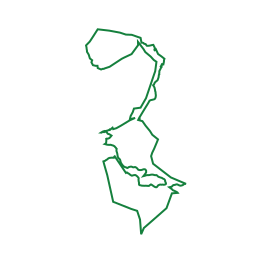 San Bartolo Soyaltepec, Oaxaca, Mexico (Mercator projection), rotated 121°
{"feature_id": "50627088B5288968218075", "entity_name": "San Bartolo Soyaltepec", "entity_type": "district", "adm_level": 2, "iso_a3": "MEX", "parent_name": "Mexico", "parent_adm1": "Oaxaca", "projection": "mercator", "projection_center": [-97.319, 17.577], "detail": "fine", "context": "isolated", "style": "outline", "palette": "green", "viewbox_px": 256, "rotation_deg": 121, "n_neighbors": 0, "source": "geoboundaries", "source_scale": "gbopen_adm2", "svg_char_len": 5188}
<svg xmlns="http://www.w3.org/2000/svg" viewBox="0 0 256 256"><g transform="rotate(121 128 128)"><path d="M146.0,49.5L147.2,57.9L148.3,65.8L145.7,88.1L140.2,93.7L136.7,94.5L132.4,94.9L126.1,95.8L122.3,96.4L121.3,103.7L119.3,107.6L116.9,114.3L114.7,119.2L115.9,123.4L113.6,123.6L113.6,123.1L113.1,123.4L113.0,123.6L105.5,123.6L96.4,123.5L93.4,123.6L92.8,123.1L92.2,122.7L91.4,121.8L90.6,121.0L89.7,120.2L89.2,120.0L88.2,120.0L87.6,120.1L86.9,120.4L85.9,120.8L84.8,121.6L84.1,122.2L83.0,122.9L82.5,123.6L81.4,124.5L79.6,126.2L78.4,128.5L77.9,128.2L77.3,128.1L76.7,128.3L76.1,128.3L75.4,128.4L74.3,128.2L73.8,128.0L73.0,127.7L71.9,127.3L71.2,127.4L70.3,127.6L68.8,127.9L67.9,128.3L67.3,128.6L66.5,128.9L65.9,128.8L65.5,129.2L64.5,129.6L63.7,130.1L63.1,130.4L62.3,130.5L60.6,130.6L60.4,130.6L59.0,130.8L58.6,130.7L58.6,131.0L58.5,131.6L58.4,131.6L58.4,131.4L58.1,131.3L57.9,131.2L57.5,131.5L56.8,131.6L56.7,131.5L56.7,131.3L56.4,131.3L56.4,131.6L56.2,131.8L55.8,131.8L55.5,131.0L55.4,131.0L55.4,130.9L55.2,130.9L55.1,130.5L52.8,131.3L51.0,132.2L49.9,132.4L49.4,136.3L49.1,140.3L46.2,144.6L47.6,145.1L47.5,145.5L47.2,145.7L46.9,145.5L46.4,145.6L46.0,146.1L45.5,146.3L43.7,149.1L44.3,149.9L45.0,150.6L46.1,151.7L46.8,152.6L47.4,153.4L47.8,154.3L47.6,154.9L47.3,155.4L47.0,156.2L47.3,156.8L47.5,157.6L47.3,158.1L47.2,158.7L47.4,159.4L47.6,159.9L47.9,160.4L44.3,163.6L46.2,172.8L49.0,177.9L50.4,184.0L54.2,194.2L59.0,204.8L66.3,205.0L71.8,205.2L73.7,205.3L78.8,206.5L80.5,204.9L80.8,204.7L81.5,204.2L82.6,203.2L83.8,202.4L85.3,199.5L88.0,196.5L88.4,193.6L90.5,193.2L92.2,190.4L91.3,187.6L90.4,186.2L92.2,184.8L91.7,181.2L90.6,180.4L90.2,180.0L89.8,179.2L89.2,178.9L85.0,175.3L80.0,172.9L71.9,169.0L69.5,167.5L62.8,163.0L51.8,162.0L49.0,163.8L52.4,155.3L54.0,152.3L55.1,145.3L56.4,141.0L56.6,137.7L65.4,133.9L67.9,133.4L93.2,127.9L94.6,127.9L104.1,127.7L108.3,132.9L111.9,132.1L116.4,131.9L119.6,130.9L115.7,127.1L120.6,130.5L129.9,135.4L134.2,137.9L136.6,140.1L135.7,141.4L138.3,142.3L138.5,142.7L138.8,142.5L139.2,142.6L139.6,143.4L140.0,143.6L141.1,144.6L142.4,145.9L142.4,146.2L142.5,146.4L143.8,147.6L145.4,148.5L145.8,148.7L145.6,148.3L145.4,148.2L145.1,148.1L144.7,147.9L144.4,147.7L144.2,147.5L144.1,146.9L143.8,146.3L143.3,146.0L142.9,145.5L142.5,144.8L142.5,144.1L142.9,143.4L143.3,142.6L143.3,141.8L143.1,141.3L142.9,140.6L143.0,139.9L143.0,138.2L143.9,138.3L145.2,138.5L146.2,138.8L146.7,139.1L147.3,139.6L147.8,140.2L148.0,140.7L148.2,140.9L148.5,141.1L149.0,140.7L150.1,140.0L151.1,139.5L151.6,139.3L152.4,139.1L153.1,139.3L153.7,139.6L153.4,138.5L153.1,137.4L152.7,136.5L152.2,135.5L151.8,134.9L151.5,134.6L151.1,133.4L151.0,132.7L150.7,131.9L150.6,130.2L150.9,129.3L151.0,129.1L151.2,128.2L151.6,127.5L151.7,127.0L152.3,126.8L153.6,126.1L154.3,125.3L154.8,124.7L155.7,123.8L156.8,122.9L157.9,122.0L158.7,120.6L158.9,119.6L159.1,118.8L159.6,118.1L161.3,116.4L162.3,114.5L163.0,112.5L163.1,111.7L163.1,111.1L163.1,110.3L162.8,109.7L162.8,109.4L162.7,108.9L162.7,108.4L162.7,108.1L162.3,107.7L161.3,107.3L160.8,106.9L159.9,106.0L159.5,105.4L159.3,105.0L159.2,104.2L159.1,103.5L158.9,103.1L158.6,102.7L158.2,102.3L157.8,101.8L157.7,101.0L157.7,100.3L157.9,99.3L158.2,98.5L158.5,97.7L158.2,96.6L157.4,95.2L156.5,94.3L155.7,93.7L155.2,93.2L154.7,92.3L154.7,91.5L155.2,90.5L156.7,89.6L159.1,89.7L161.3,90.0L160.9,89.6L160.6,89.3L160.2,88.9L159.5,88.4L159.2,88.1L158.3,87.0L158.1,86.6L157.9,86.2L157.2,85.3L156.4,84.5L155.7,83.6L155.3,82.9L155.0,82.2L154.9,81.8L154.8,81.2L154.6,80.9L154.4,80.3L154.1,79.9L153.7,79.3L153.8,78.3L154.1,77.3L154.1,76.5L153.9,75.7L153.7,74.6L153.5,74.0L153.3,73.3L153.4,72.8L153.4,72.1L153.3,71.5L153.2,71.0L153.3,70.4L153.4,69.9L153.7,69.4L154.2,68.9L154.7,68.6L155.2,67.8L155.5,67.4L155.8,67.0L156.4,66.7L157.1,66.9L157.3,67.1L158.2,68.0L158.6,69.0L158.9,69.5L159.4,70.1L159.7,70.9L160.1,71.5L161.0,72.2L161.6,72.6L162.6,72.7L163.5,72.8L164.0,73.0L164.4,73.5L164.7,74.8L164.6,76.7L164.5,77.9L164.5,78.5L164.5,79.0L164.6,79.3L165.2,79.6L166.3,80.0L166.9,80.3L167.7,81.8L168.1,82.6L168.4,83.2L169.1,84.2L169.8,85.5L170.4,86.7L170.7,87.9L171.0,88.6L171.0,89.0L170.8,89.3L170.3,89.8L169.4,90.2L168.9,90.7L168.3,91.3L166.7,92.5L166.1,92.7L165.5,93.0L165.3,93.4L164.7,95.1L164.6,96.1L164.5,96.7L164.5,97.0L164.6,97.6L165.0,98.2L165.7,99.0L166.1,99.4L166.4,99.7L166.7,99.9L166.9,100.2L167.0,101.7L166.7,103.6L166.8,104.6L166.7,105.1L166.6,105.6L166.7,106.1L167.6,106.6L159.1,124.8L159.6,125.0L160.0,125.0L160.4,124.9L160.8,124.8L161.0,125.2L161.9,126.8L162.5,127.6L163.2,128.5L164.0,129.1L164.7,129.4L165.5,129.6L166.3,130.0L166.6,130.2L167.0,130.4L167.2,130.5L167.7,130.6L169.3,131.9L172.0,129.1L179.1,121.5L198.9,102.7L195.7,83.5L194.3,77.5L199.8,71.1L200.2,70.6L212.3,62.0L205.5,62.9L199.1,60.8L176.9,53.7L161.4,56.7L158.0,52.0L157.8,52.5L157.8,52.9L157.8,53.4L157.8,54.0L157.9,54.9L157.9,55.8L158.1,56.5L158.2,57.4L158.1,57.9L157.9,58.6L157.8,59.1L157.5,62.1L156.3,60.8L155.7,60.3L155.1,60.1L154.7,60.1L153.5,59.7L153.2,59.2L152.7,58.7L152.5,58.4L151.4,57.5L151.0,56.8L150.9,55.9L150.8,55.4L150.8,54.6L150.6,53.8L150.3,53.1L149.9,52.7L149.4,52.2L148.7,51.6L148.1,51.5L147.5,51.1L146.9,51.0L146.0,49.5Z" fill="none" stroke="#15803d" stroke-width="2"/></g></svg>